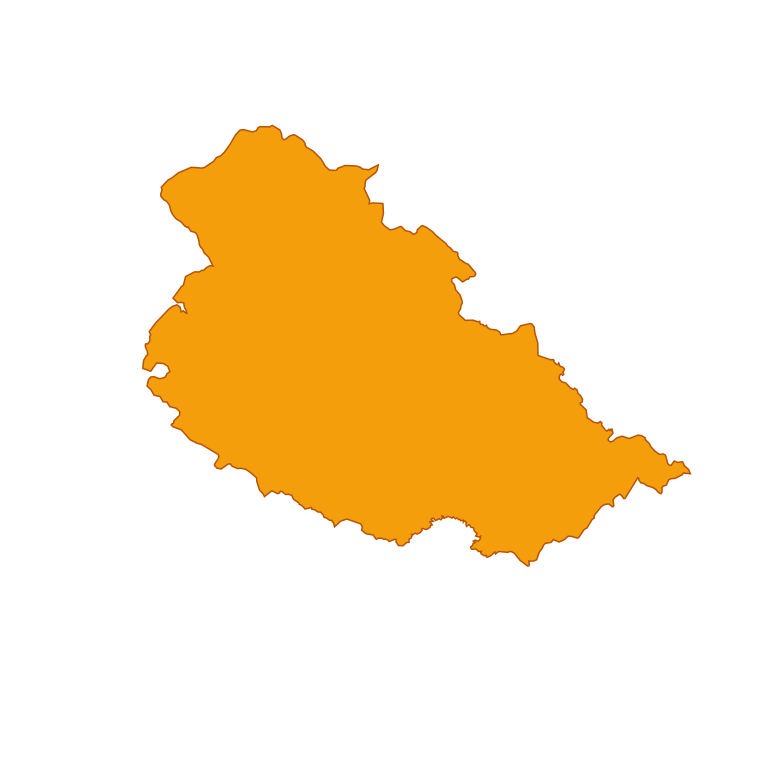 Arivonimamo, Itasy, Madagascar, rotated 128°
{"feature_id": "10022922B99194691228489", "entity_name": "Arivonimamo", "entity_type": "district", "adm_level": 2, "iso_a3": "MDG", "parent_name": "Madagascar", "parent_adm1": "Itasy", "projection": "natural_earth1", "projection_center": [47.286, -19.045], "detail": "fine", "context": "isolated", "style": "filled", "palette": "amber", "viewbox_px": 768, "rotation_deg": 128, "n_neighbors": 0, "source": "geoboundaries", "source_scale": "gbopen_adm2", "svg_char_len": 6160}
<svg xmlns="http://www.w3.org/2000/svg" viewBox="0 0 768 768"><g transform="rotate(128 384 384)"><path d="M330.9,132.2L325.7,130.4L325.6,128.1L326.7,124.5L325.7,123.6L301.6,126.3L301.5,125.2L302.8,124.0L303.8,120.8L302.5,118.5L302.2,114.1L300.0,108.2L299.8,104.7L300.5,100.9L300.0,98.2L298.4,98.2L294.4,101.2L292.5,101.0L290.1,99.3L284.1,100.6L282.3,99.8L279.1,96.5L272.1,93.2L269.9,93.3L266.1,87.3L263.8,91.5L263.6,96.7L261.8,99.9L261.7,101.2L265.0,104.3L266.0,107.9L271.6,107.7L272.3,109.8L272.0,111.5L267.4,117.4L266.8,119.0L267.3,121.0L269.4,123.0L270.0,124.6L270.1,129.0L269.2,135.0L267.7,137.8L266.8,144.1L265.7,144.8L266.0,148.9L267.8,152.3L276.1,157.3L278.4,164.1L283.0,167.3L288.4,168.6L290.1,169.8L290.4,171.8L290.1,173.1L288.0,173.8L281.9,173.2L279.2,176.5L280.1,177.5L281.2,176.6L281.7,177.7L281.3,179.0L283.8,179.3L284.0,181.1L282.5,187.1L280.4,188.5L280.5,190.6L283.0,191.1L285.0,195.1L285.4,203.2L279.9,208.8L279.1,216.9L278.0,217.6L276.2,216.7L274.0,218.0L272.1,222.1L272.0,225.2L269.8,228.1L269.9,231.1L271.6,231.2L272.3,235.1L271.3,241.2L272.8,245.3L272.2,248.9L270.4,250.4L268.2,251.0L267.2,250.4L267.2,248.6L265.6,248.3L264.6,250.3L261.5,250.7L260.9,251.7L260.7,253.8L261.7,256.1L259.9,259.2L261.8,259.0L262.4,260.7L261.7,264.4L260.7,264.6L260.5,265.5L262.5,268.0L266.7,280.2L256.8,288.3L251.3,296.0L246.6,300.8L245.7,304.6L246.5,306.1L254.1,312.3L260.4,312.1L264.9,313.7L273.3,322.1L271.9,324.8L272.2,328.7L275.7,334.4L275.5,336.0L276.0,337.2L274.6,339.4L275.9,339.9L276.6,341.1L276.2,342.7L277.6,344.9L275.7,347.2L277.0,348.0L279.0,353.3L283.8,359.1L283.2,367.5L281.7,369.5L277.7,369.9L275.0,371.5L271.9,372.2L270.2,374.0L267.0,378.9L265.7,385.5L262.4,389.6L261.7,393.6L259.5,395.4L255.9,393.5L255.0,392.2L255.1,384.8L250.4,383.2L249.3,382.0L246.6,382.3L244.2,379.5L242.4,379.0L240.8,379.5L239.9,380.8L237.8,391.5L238.6,393.9L239.1,401.6L237.3,405.0L235.4,406.4L235.2,407.6L236.8,410.8L235.9,415.9L236.1,418.7L235.2,421.7L234.9,434.5L234.1,439.3L234.4,446.8L235.5,451.3L236.4,451.8L241.8,452.7L244.5,451.4L247.9,452.7L248.0,457.4L250.0,461.4L249.3,467.2L249.9,468.1L255.8,471.4L258.9,474.3L259.1,480.9L258.1,485.6L250.0,489.4L242.4,496.0L248.3,504.4L251.1,506.7L248.1,508.3L242.1,520.1L240.1,520.5L237.5,522.5L234.6,523.8L222.3,520.7L219.4,521.2L214.9,523.4L224.5,527.9L227.8,533.1L227.8,536.2L229.2,540.0L235.7,549.1L242.4,553.2L245.0,553.1L249.0,558.5L248.6,564.1L245.4,572.4L244.1,583.5L245.2,591.0L244.3,593.2L242.9,594.4L241.8,598.4L242.5,606.8L243.3,608.8L247.0,611.2L251.6,612.2L253.0,613.2L253.3,614.7L252.8,616.0L249.8,619.0L247.9,622.5L249.0,631.3L251.8,632.4L257.4,640.0L259.4,641.0L263.2,640.6L266.4,642.9L270.0,651.3L272.6,653.8L278.9,654.4L290.5,652.8L300.1,652.5L305.2,653.3L308.6,655.5L313.3,655.3L324.0,658.8L326.1,660.6L331.8,669.2L344.0,676.0L352.2,678.0L356.1,679.7L366.1,680.7L367.7,678.4L372.0,676.8L373.4,675.4L374.4,671.0L373.9,667.8L375.0,663.6L379.1,658.1L380.6,654.8L381.8,649.5L381.2,643.8L382.2,638.0L381.6,635.2L381.0,635.1L382.5,630.1L380.8,626.1L381.1,623.9L385.2,617.8L387.8,615.4L388.9,613.1L389.6,609.6L391.4,606.6L392.0,600.3L396.4,591.3L397.8,593.9L401.9,595.7L405.2,596.0L406.7,597.6L409.2,598.4L412.3,602.3L421.6,606.5L429.6,602.9L431.8,603.6L446.3,603.1L447.0,596.7L444.4,593.8L443.5,591.7L446.7,588.2L447.5,585.9L449.6,583.0L450.1,584.0L449.9,587.3L452.0,588.2L448.9,592.1L449.1,595.9L453.1,598.5L457.7,599.7L476.5,601.5L487.1,601.3L488.9,598.1L490.7,597.9L493.7,595.3L497.2,594.8L498.4,595.2L498.7,596.4L499.7,596.4L501.5,595.1L504.2,590.4L506.6,588.1L507.9,588.7L513.3,588.0L520.2,583.7L517.6,575.7L507.7,576.1L507.1,575.6L503.6,570.3L503.1,565.3L506.1,560.4L509.7,561.4L512.7,560.6L515.2,561.7L517.5,563.7L518.7,565.8L519.7,569.6L522.2,572.2L525.5,572.3L531.5,569.5L532.0,564.0L534.4,558.4L531.8,552.7L534.0,547.3L531.9,543.8L533.8,539.0L531.1,532.9L531.4,528.7L532.1,527.4L534.6,525.8L542.0,526.9L544.4,525.8L546.7,526.8L547.4,526.2L547.6,523.9L544.9,515.3L547.3,502.5L545.8,494.9L544.0,490.6L541.6,471.4L542.4,469.8L544.1,468.8L551.8,468.1L552.7,466.9L553.1,463.8L551.2,460.0L543.2,457.6L541.5,456.0L542.3,453.2L540.7,447.0L539.0,445.6L536.3,440.4L536.0,434.6L536.4,426.7L539.0,424.3L543.3,418.2L544.3,416.4L545.0,411.3L546.4,408.9L537.1,406.6L536.0,400.4L534.2,399.3L532.4,399.7L531.6,398.4L531.6,393.4L529.9,391.7L528.5,388.2L530.6,384.3L530.1,378.0L530.9,376.9L530.4,373.7L531.1,369.2L525.9,365.1L527.1,363.7L525.7,361.1L525.6,357.5L524.0,354.9L524.6,351.3L526.0,349.1L525.0,346.8L524.9,343.1L523.5,341.1L524.4,340.0L524.2,338.8L527.0,335.0L518.6,333.7L513.2,330.0L508.6,316.2L509.9,313.2L513.0,311.6L513.1,306.1L509.7,299.6L511.2,294.5L508.9,293.5L506.8,290.6L506.6,288.6L505.5,287.7L504.5,284.5L505.0,283.0L499.3,279.6L499.2,278.4L500.9,277.5L502.4,273.2L499.8,269.5L495.0,268.6L493.3,266.8L490.9,268.7L488.8,267.8L486.1,268.5L485.4,269.6L484.7,268.3L482.5,267.8L481.8,265.4L478.5,263.9L475.9,263.9L475.1,265.0L474.3,265.0L472.6,261.0L468.8,259.5L466.3,260.1L465.3,259.3L464.2,263.1L461.9,260.6L461.5,263.5L460.3,263.5L459.3,262.2L459.9,259.4L456.1,257.4L456.0,255.5L453.5,255.5L452.3,257.1L451.9,255.6L452.8,254.0L448.9,251.9L447.7,247.8L446.0,247.8L446.3,244.8L444.8,244.1L444.8,241.2L443.9,240.8L444.4,239.2L442.5,237.6L444.0,236.4L442.4,236.3L442.2,235.6L442.3,234.0L443.6,233.5L445.4,231.3L442.7,230.4L442.4,229.8L443.4,227.2L442.2,225.1L444.2,222.2L444.6,218.5L447.4,218.2L446.0,214.8L444.4,214.1L447.6,212.6L449.8,213.1L450.8,216.0L452.8,216.9L452.7,214.4L454.8,215.7L456.7,214.7L458.8,215.5L459.9,214.7L460.2,213.1L457.3,209.9L457.8,206.2L455.9,204.2L457.3,203.9L458.0,203.0L457.7,199.5L456.1,198.0L457.2,196.7L457.0,196.1L454.3,194.4L448.2,193.1L449.2,191.4L446.6,191.0L445.0,189.9L440.4,182.8L438.6,181.8L437.6,180.2L437.1,177.0L439.2,168.3L439.0,158.7L438.2,157.9L437.0,158.2L434.4,160.9L431.5,157.2L428.6,155.5L420.6,158.2L416.2,158.1L412.5,159.1L410.1,158.6L405.9,154.8L402.4,154.8L400.6,148.6L395.2,145.9L390.6,145.2L388.8,142.8L386.5,136.9L385.3,136.0L375.3,136.7L372.4,135.4L362.6,136.6L360.4,135.8L358.3,137.4L346.7,137.3L343.0,135.9L340.1,133.0L340.1,128.5L339.4,127.8L338.4,128.0L334.4,132.1L330.9,132.2Z" fill="#f59e0b" stroke="#b45309" stroke-width="1.5"/></g></svg>